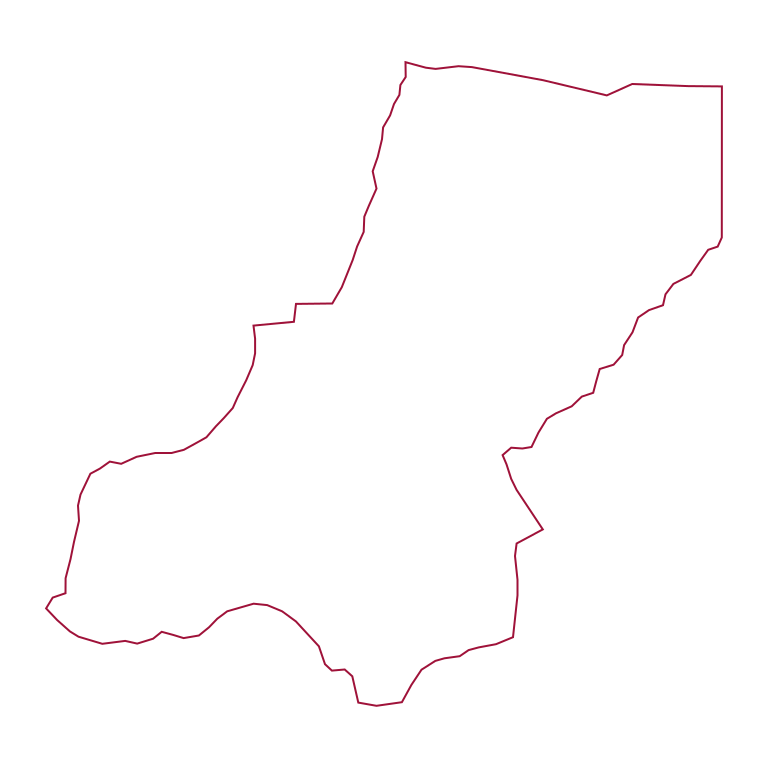 the district of Mirador, Paraná, Brazil
{"feature_id": "56859067B94661520403732", "entity_name": "Mirador", "entity_type": "district", "adm_level": 2, "iso_a3": "BRA", "parent_name": "Brazil", "parent_adm1": "Paraná", "projection": "orthographic", "projection_center": [-52.761, -23.203], "detail": "fine", "context": "isolated", "style": "outline", "palette": "rose", "viewbox_px": 768, "rotation_deg": 0, "n_neighbors": 0, "source": "geoboundaries", "source_scale": "gbopen_adm2", "svg_char_len": 1623}
<svg xmlns="http://www.w3.org/2000/svg" viewBox="0 0 768 768"><path d="M46.1,608.4L57.1,620.0L69.9,631.4L78.5,636.7L102.3,643.8L125.2,640.9L137.2,643.6L153.1,638.7L161.7,631.8L173.1,634.9L183.6,638.1L198.9,635.5L209.0,627.3L217.3,618.7L227.2,611.3L253.6,603.7L267.2,605.1L282.1,611.3L295.9,621.4L318.9,646.3L325.0,664.2L331.9,670.6L344.7,669.5L352.3,676.3L358.3,702.6L376.5,705.8L401.9,702.2L411.4,684.9L421.5,669.7L435.3,660.9L444.4,658.3L459.7,656.2L468.6,650.1L478.7,647.4L496.0,644.2L513.0,637.2L517.5,595.4L517.5,579.8L515.0,556.0L516.6,543.5L542.8,529.4L516.6,489.9L511.2,478.9L506.5,464.3L502.6,455.1L511.2,447.7L522.4,448.5L531.5,447.0L538.5,432.5L546.9,418.8L556.0,413.3L571.7,406.3L581.8,396.6L593.2,392.8L596.2,381.4L599.7,369.0L613.6,364.7L622.2,355.0L624.1,345.1L632.5,332.3L638.1,317.5L649.0,310.1L663.0,305.2L665.5,294.3L673.4,283.9L690.9,274.9L700.4,260.7L708.2,249.8L717.7,246.6L721.8,237.5L721.9,86.4L687.9,86.1L632.2,84.0L606.8,95.4L543.1,80.2L471.9,67.1L458.5,66.2L435.6,68.9L425.9,67.7L405.5,62.2L405.7,77.0L400.4,85.0L399.4,94.9L394.0,104.0L390.1,115.4L383.1,127.4L382.0,139.2L377.7,157.0L372.7,171.3L376.5,188.6L368.8,205.9L364.3,216.7L363.7,231.9L357.1,246.5L352.7,260.0L341.8,287.2L332.3,303.5L296.0,303.9L293.9,321.8L253.5,325.6L255.1,338.7L255.1,353.3L252.7,365.1L246.2,380.3L237.6,397.2L232.8,408.0L223.8,418.1L215.9,426.3L206.4,437.3L195.0,443.7L183.9,449.8L171.5,453.0L155.2,453.0L136.6,456.8L121.2,463.8L109.8,461.6L99.9,468.6L90.4,473.7L80.5,494.6L78.0,505.6L79.0,520.8L74.0,541.9L70.5,559.2L65.6,578.2L65.5,593.2L52.7,597.6L46.1,608.4Z" fill="none" stroke="#9f1239" stroke-width="2"/></svg>